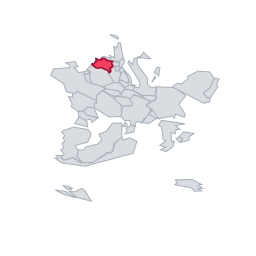 where Bulgaria sits in Europe, rotated 199°
{"feature_id": "BGR", "entity_name": "Bulgaria", "entity_type": "country or territory", "adm_level": 0, "iso_a3": "BGR", "parent_name": "Europe", "parent_adm1": "", "projection": "robinson", "projection_center": [24.961, 42.741], "detail": "fine", "context": "in_parent", "style": "filled", "palette": "rose", "viewbox_px": 256, "rotation_deg": 199, "n_neighbors": 37, "source": "natural_earth", "source_scale": "50m", "svg_char_len": 9242}
<svg xmlns="http://www.w3.org/2000/svg" viewBox="0 0 256 256"><g transform="rotate(199 128 128)"><path d="M138.6,46.9L153.4,45.7L163.4,49.0L157.6,50.2L152.7,55.4L149.9,55.6L138.6,46.9ZM187.1,78.8L180.6,80.5L181.6,78.1L178.3,76.7L170.6,82.0L161.5,79.5L157.8,82.8L152.9,82.3L140.0,95.5L139.8,98.2L137.1,98.1L135.0,101.5L134.9,112.5L130.8,117.3L129.1,114.9L122.9,119.3L115.2,118.3L115.0,105.7L156.2,77.9L179.3,73.4L187.4,75.8L184.1,76.7L187.1,78.8ZM176.6,45.7L166.8,47.7L154.3,45.1L166.6,44.3L176.6,45.7ZM170.6,52.3L165.4,53.5L161.3,52.8L163.0,52.1L161.6,51.1L166.4,50.5L170.6,52.3Z" fill="#d9dde1" stroke="#a8b0b8" stroke-width="1"/><path d="M101.9,146.8L118.3,155.1L111.0,164.2L114.4,176.3L95.7,181.7L84.0,177.4L87.6,167.0L78.2,159.4L78.3,156.5L87.7,156.6L87.3,152.1L90.0,153.8L101.9,146.8ZM118.1,184.8L120.5,179.1L119.5,185.6L118.1,184.8Z" fill="#d9dde1" stroke="#a8b0b8" stroke-width="1"/><path d="M130.8,117.3L136.3,108.2L135.0,101.5L137.1,98.1L139.8,98.2L149.6,84.2L159.9,80.4L167.4,84.5L168.3,91.2L163.6,92.2L161.3,96.8L151.3,102.9L149.0,108.0L153.5,112.6L147.6,117.8L144.2,127.7L135.3,130.5L130.8,117.3Z" fill="#d9dde1" stroke="#a8b0b8" stroke-width="1"/><path d="M180.7,127.4L188.8,129.8L188.5,132.6L194.6,138.2L190.4,139.3L192.1,143.1L188.4,146.1L166.7,145.1L166.7,136.1L172.9,134.6L175.7,129.5L180.7,127.4Z" fill="#d9dde1" stroke="#a8b0b8" stroke-width="1"/><path d="M203.4,168.5L208.2,169.2L199.9,173.6L195.2,169.8L198.7,167.7L192.5,164.3L183.1,169.9L183.6,165.4L187.3,165.4L182.8,158.7L170.8,160.2L162.1,157.5L167.9,149.6L166.7,145.1L169.9,143.9L188.4,146.1L189.4,143.3L198.0,142.2L203.4,149.0L218.3,152.8L217.8,159.6L203.0,166.0L203.4,168.5Z" fill="#d9dde1" stroke="#a8b0b8" stroke-width="1"/><path d="M166.7,136.1L167.6,140.8L165.8,141.6L168.3,148.5L164.3,155.1L143.9,149.6L138.0,139.7L138.4,136.7L149.1,132.4L166.7,136.1Z" fill="#d9dde1" stroke="#a8b0b8" stroke-width="1"/><path d="M146.0,158.7L142.7,164.4L138.2,165.4L122.0,162.7L133.1,161.3L135.5,155.7L144.6,156.1L146.0,158.7Z" fill="#d9dde1" stroke="#a8b0b8" stroke-width="1"/><path d="M162.1,157.5L164.0,159.6L158.6,165.9L150.3,168.1L143.3,163.7L146.0,158.7L162.1,157.5Z" fill="#d9dde1" stroke="#a8b0b8" stroke-width="1"/><path d="M176.4,158.3L182.8,158.7L187.3,165.4L183.6,165.4L181.6,169.1L181.2,163.9L176.4,158.3Z" fill="#d9dde1" stroke="#a8b0b8" stroke-width="1"/><path d="M181.6,169.1L186.0,169.9L182.8,176.3L164.6,175.8L156.0,166.6L165.4,158.8L176.4,158.3L181.2,163.9L181.6,169.1Z" fill="#d9dde1" stroke="#a8b0b8" stroke-width="1"/><path d="M175.7,129.5L172.9,134.6L166.7,136.1L159.6,127.9L170.9,126.6L175.7,129.5Z" fill="#d9dde1" stroke="#a8b0b8" stroke-width="1"/><path d="M178.0,122.5L180.7,127.4L175.7,129.5L170.9,126.6L159.6,127.9L164.0,121.4L166.3,124.3L171.7,120.6L178.0,122.5Z" fill="#d9dde1" stroke="#a8b0b8" stroke-width="1"/><path d="M179.8,114.9L178.0,122.5L169.3,121.3L166.5,116.0L179.8,114.9Z" fill="#d9dde1" stroke="#a8b0b8" stroke-width="1"/><path d="M138.4,136.7L140.4,147.0L131.6,150.2L135.5,155.7L133.1,161.3L115.8,160.7L118.3,155.1L113.9,154.4L112.3,150.8L112.9,144.1L115.7,142.6L117.1,136.9L120.1,137.6L122.4,135.6L121.9,132.0L126.1,131.9L128.8,135.7L133.7,133.9L138.4,136.7Z" fill="#d9dde1" stroke="#a8b0b8" stroke-width="1"/><path d="M175.6,210.2L170.3,211.7L166.3,210.3L166.9,208.5L175.6,210.2ZM158.2,187.8L176.5,184.9L174.8,187.8L167.0,188.4L169.3,190.6L163.4,190.1L168.1,200.6L165.0,199.6L165.1,205.6L162.8,205.7L155.2,192.7L158.2,187.8Z" fill="#d9dde1" stroke="#a8b0b8" stroke-width="1"/><path d="M158.2,187.8L155.2,192.7L152.8,190.1L154.1,180.4L158.2,187.8Z" fill="#d9dde1" stroke="#a8b0b8" stroke-width="1"/><path d="M144.4,165.1L153.3,170.1L141.5,171.8L149.9,181.2L142.1,177.1L138.8,170.8L134.8,170.5L144.4,165.1Z" fill="#d9dde1" stroke="#a8b0b8" stroke-width="1"/><path d="M122.5,161.1L124.7,165.2L114.6,168.0L110.8,166.0L113.5,161.0L122.5,161.1Z" fill="#d9dde1" stroke="#a8b0b8" stroke-width="1"/><path d="M111.5,150.9L112.5,153.4L110.9,153.1L111.5,150.9Z" fill="#d9dde1" stroke="#a8b0b8" stroke-width="1"/><path d="M113.0,148.1L110.9,153.1L101.9,146.8L109.6,145.5L113.0,148.1Z" fill="#d9dde1" stroke="#a8b0b8" stroke-width="1"/><path d="M116.4,137.7L113.0,148.1L104.4,146.0L109.6,139.2L116.4,137.7Z" fill="#d9dde1" stroke="#a8b0b8" stroke-width="1"/><path d="M59.9,183.6L62.7,182.0L68.3,185.6L63.7,192.6L64.5,198.9L61.1,203.9L57.6,203.8L58.5,198.2L56.5,196.3L59.9,183.6Z" fill="#d9dde1" stroke="#a8b0b8" stroke-width="1"/><path d="M62.6,202.9L63.7,192.6L68.3,185.6L62.7,182.0L59.9,183.6L59.5,179.0L64.5,176.1L99.5,181.2L96.1,186.2L91.8,187.1L87.4,193.9L88.5,196.3L80.2,204.6L69.0,207.6L62.6,202.9Z" fill="#d9dde1" stroke="#a8b0b8" stroke-width="1"/><path d="M77.0,136.2L74.0,142.5L63.9,144.2L67.2,140.1L66.4,136.2L73.8,131.3L73.0,135.5L77.0,136.2Z" fill="#d9dde1" stroke="#a8b0b8" stroke-width="1"/><path d="M125.0,163.6L135.6,165.1L135.8,168.7L130.6,169.6L131.2,174.7L149.4,189.7L149.1,191.9L144.5,189.4L144.9,195.6L140.2,199.6L141.7,195.3L139.6,191.0L126.2,181.7L123.4,175.4L119.3,173.6L114.4,176.3L113.3,167.1L125.0,163.6ZM129.3,200.8L139.7,198.3L138.0,204.8L129.3,200.8ZM115.9,187.3L121.2,189.1L120.4,194.5L117.5,195.6L115.9,187.3Z" fill="#d9dde1" stroke="#a8b0b8" stroke-width="1"/><path d="M126.1,131.9L121.9,132.0L121.3,126.0L129.1,121.5L127.8,124.7L129.6,126.3L126.1,131.9ZM133.8,127.6L132.5,132.6L129.6,130.5L129.3,128.9L133.8,127.6Z" fill="#d9dde1" stroke="#a8b0b8" stroke-width="1"/><path d="M77.0,136.2L73.0,135.5L73.8,131.3L79.1,133.6L77.0,136.2ZM86.1,138.0L81.9,128.9L79.9,130.7L79.4,125.1L84.2,118.1L90.0,118.1L86.1,122.2L92.4,121.7L87.8,128.2L90.8,128.4L96.6,139.9L100.2,140.6L98.7,146.2L75.6,150.6L83.8,145.7L78.5,143.5L81.9,142.3L81.6,137.7L86.1,138.0Z" fill="#d9dde1" stroke="#a8b0b8" stroke-width="1"/><path d="M65.3,89.6L63.9,91.9L66.2,94.3L50.5,100.2L39.7,98.5L43.0,96.9L37.7,95.1L43.1,93.4L37.7,92.6L44.8,89.8L48.0,92.1L65.3,89.6Z" fill="#d9dde1" stroke="#a8b0b8" stroke-width="1"/><path d="M135.6,165.1L143.3,163.7L144.4,165.1L140.3,169.3L135.1,169.1L135.6,165.1Z" fill="#d9dde1" stroke="#a8b0b8" stroke-width="1"/><path d="M181.6,78.1L180.3,83.0L184.4,85.3L182.1,87.9L185.3,91.9L183.6,94.9L186.2,97.6L185.2,100.0L189.4,102.5L188.4,104.3L180.0,111.1L165.1,113.5L160.8,110.3L161.6,101.3L172.3,94.3L167.4,89.8L167.4,84.5L159.9,80.4L170.6,82.0L178.3,76.7L181.6,78.1Z" fill="#d9dde1" stroke="#a8b0b8" stroke-width="1"/><path d="M163.6,154.9L161.4,157.9L148.7,160.1L145.7,157.3L151.1,153.3L163.6,154.9Z" fill="#d9dde1" stroke="#a8b0b8" stroke-width="1"/><path d="M140.4,147.0L148.2,149.9L152.1,153.3L137.8,157.0L132.3,153.1L131.6,150.2L140.4,147.0Z" fill="#d9dde1" stroke="#a8b0b8" stroke-width="1"/><path d="M150.3,180.5L143.7,174.9L142.3,170.1L153.2,171.6L153.3,176.8L150.3,180.5Z" fill="#d9dde1" stroke="#a8b0b8" stroke-width="1"/><path d="M162.7,181.8L164.6,185.8L156.8,186.8L157.4,182.9L162.7,181.8Z" fill="#d9dde1" stroke="#a8b0b8" stroke-width="1"/><path d="M151.6,167.5L156.0,166.6L163.9,172.8L163.3,181.3L160.1,182.1L157.7,178.0L155.8,179.9L152.5,177.0L151.6,167.5Z" fill="#d9dde1" stroke="#a8b0b8" stroke-width="1"/><path d="M155.2,180.8L152.9,183.6L149.9,181.2L152.5,177.0L155.2,180.8Z" fill="#d9dde1" stroke="#a8b0b8" stroke-width="1"/><path d="M156.8,183.7L155.2,180.8L157.1,178.2L160.8,180.4L156.8,183.7Z" fill="#d9dde1" stroke="#a8b0b8" stroke-width="1"/><path d="M181.1,183.2L180.7,183.2L180.4,183.3L180.2,183.3L179.7,183.4L179.4,183.3L179.0,183.0L178.8,182.8L178.6,182.7L178.4,182.8L177.9,182.9L177.7,183.0L177.4,183.1L177.2,183.2L176.8,183.3L176.6,183.3L176.4,183.3L176.3,183.5L176.2,183.8L175.7,183.9L175.6,184.0L175.6,184.3L175.2,184.1L174.9,184.2L174.8,184.3L174.8,184.6L175.0,185.0L175.1,185.4L175.0,185.6L174.8,185.7L174.3,185.9L173.9,185.8L173.7,185.9L173.3,185.9L173.0,185.9L172.5,186.1L172.1,186.2L171.7,185.9L171.3,185.7L170.8,185.5L170.6,185.6L170.1,185.4L169.9,185.3L169.7,184.9L169.3,185.0L168.9,185.0L168.2,185.0L168.0,185.3L167.9,185.3L167.6,185.3L167.2,185.5L166.8,185.6L166.5,185.6L166.1,185.5L165.9,185.6L165.5,185.6L165.2,185.8L164.8,185.8L164.4,185.8L164.5,185.7L164.6,184.7L164.7,184.3L164.7,184.2L164.4,183.8L164.2,183.1L163.7,182.9L163.4,182.7L163.1,182.5L162.6,181.9L162.9,181.8L162.9,181.7L163.2,181.3L163.2,181.2L163.0,180.9L162.9,180.6L163.0,180.3L163.0,180.1L162.9,179.9L163.0,179.7L163.3,179.6L163.8,179.6L164.1,179.2L164.3,179.0L164.5,178.8L164.6,178.7L164.7,178.3L164.3,178.1L164.2,177.9L164.0,177.7L163.8,177.5L163.3,177.3L163.2,177.0L163.1,176.7L163.0,176.4L162.8,176.3L162.8,176.1L162.7,175.6L162.9,175.2L163.1,175.0L163.5,174.8L163.5,174.5L163.6,174.3L163.7,174.2L163.9,174.1L164.1,174.3L164.6,174.6L164.9,174.8L164.8,175.0L164.5,175.1L164.4,175.3L164.3,175.5L164.5,175.7L165.5,175.6L166.5,175.7L167.9,175.9L168.8,176.0L169.4,175.9L170.7,176.1L171.8,176.3L172.9,176.4L173.5,176.2L173.9,176.0L174.3,175.6L175.2,175.1L176.1,174.7L177.2,174.5L178.0,174.4L178.1,174.5L179.1,175.0L179.6,175.0L179.9,175.1L180.0,175.2L180.1,175.3L180.6,175.1L180.8,175.4L181.1,175.8L181.7,176.0L182.2,176.1L182.4,176.1L182.9,176.1L182.8,177.1L182.5,177.5L182.0,177.4L181.4,177.5L181.1,178.0L180.9,178.2L180.8,178.4L180.7,179.0L180.7,180.1L180.2,180.3L179.4,181.2L179.9,181.5L180.1,181.7L180.5,182.3L181.0,182.9L181.1,183.2Z" fill="#f43f5e" stroke="#9f1239" stroke-width="1.5"/></g></svg>